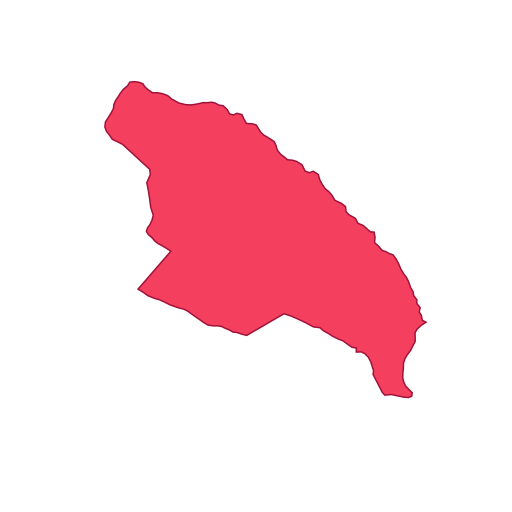 Cidade Gaúcha, Paraná, Brazil, rotated 131°
{"feature_id": "56859067B84449941933061", "entity_name": "Cidade Gaúcha", "entity_type": "district", "adm_level": 2, "iso_a3": "BRA", "parent_name": "Brazil", "parent_adm1": "Paraná", "projection": "robinson", "projection_center": [-52.964, -23.374], "detail": "fine", "context": "isolated", "style": "filled", "palette": "rose", "viewbox_px": 512, "rotation_deg": 131, "n_neighbors": 0, "source": "geoboundaries", "source_scale": "gbopen_adm2", "svg_char_len": 2397}
<svg xmlns="http://www.w3.org/2000/svg" viewBox="0 0 512 512"><g transform="rotate(131 256 256)"><path d="M268.6,89.9L276.1,71.1L276.5,67.5L271.8,63.0L265.6,51.9L262.7,48.0L259.7,46.5L256.7,48.4L256.5,52.5L255.9,58.2L254.0,62.1L251.7,65.3L248.2,68.2L244.3,70.9L240.0,74.5L235.6,76.2L231.6,77.0L225.8,77.4L215.9,79.9L209.6,85.6L205.7,86.4L199.8,85.8L194.4,84.2L195.4,88.3L192.2,92.5L191.2,96.0L187.3,98.2L186.3,103.4L183.5,105.9L182.4,111.0L179.9,114.1L178.2,119.0L175.2,124.1L173.4,128.6L172.6,132.7L170.8,138.2L168.4,143.0L166.3,148.4L165.2,153.4L166.8,157.1L167.5,161.0L169.0,164.2L168.2,170.2L168.1,175.3L163.6,178.6L160.5,182.6L162.7,185.5L162.7,190.2L162.6,194.9L164.4,200.6L162.4,205.8L163.9,212.9L163.4,217.2L160.0,220.9L160.2,225.9L162.2,233.0L160.2,239.0L159.7,243.0L159.8,248.3L158.2,253.9L156.6,257.9L153.6,262.5L154.5,268.4L158.1,270.4L159.7,274.6L157.0,281.1L157.9,287.2L159.7,291.2L162.7,295.4L162.7,299.1L163.1,304.0L162.1,309.4L159.7,313.0L157.7,317.3L158.7,324.5L159.7,329.8L159.4,333.9L157.0,341.8L158.7,345.6L162.2,350.1L160.6,354.9L158.5,359.4L160.8,364.0L164.3,365.6L166.1,369.1L164.4,373.8L164.1,379.3L166.5,383.2L167.3,387.1L168.9,390.2L172.2,393.3L174.9,396.5L177.6,398.4L181.5,401.4L184.9,404.5L187.8,408.2L191.1,414.5L192.8,422.5L192.9,428.0L194.8,432.9L197.3,437.4L200.6,441.1L201.3,446.1L201.2,450.9L200.2,454.4L201.8,458.6L204.2,462.2L207.6,465.3L211.9,464.6L217.4,465.5L222.7,465.1L226.3,464.5L230.8,464.0L234.7,462.7L238.6,460.2L243.1,459.2L249.2,458.2L253.6,457.6L257.8,454.7L260.0,450.6L260.8,446.5L262.2,441.0L260.9,436.2L259.3,430.1L260.3,393.0L263.9,389.2L272.3,386.5L277.7,379.6L282.4,374.1L288.5,367.1L292.6,360.3L297.4,357.9L302.2,356.6L305.7,356.4L309.2,355.0L310.5,351.3L310.4,346.6L311.1,342.1L310.9,338.2L309.9,333.9L309.0,328.8L308.2,323.4L358.4,323.3L357.4,317.3L356.9,311.6L354.4,304.4L352.6,300.8L350.9,295.2L349.3,288.9L347.2,283.5L345.5,279.5L343.4,275.5L342.4,271.1L341.8,264.1L341.1,258.0L340.7,253.0L339.7,247.1L336.5,242.0L334.0,239.3L331.8,235.8L330.5,231.0L329.3,227.5L328.5,223.4L326.4,220.5L324.1,215.0L322.0,210.9L281.2,197.0L278.5,190.6L276.7,185.1L275.0,179.2L273.7,174.5L271.8,166.1L268.2,160.8L268.2,156.3L267.0,150.4L266.3,145.4L264.7,139.4L263.0,134.8L262.5,129.0L261.9,123.5L259.6,120.0L262.7,117.3L259.3,113.6L258.3,109.8L258.6,105.0L260.7,99.7L265.5,92.0L268.6,89.9Z" fill="#f43f5e" stroke="#9f1239" stroke-width="1.5"/></g></svg>